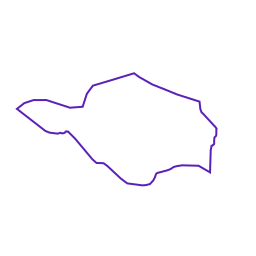 SVG path tracing the border of Saint Andrew, rotated 319°
{"feature_id": "DMA-1432", "entity_name": "Saint Andrew", "entity_type": "Parish", "adm_level": 1, "iso_a3": "DMA", "parent_name": "Dominica", "parent_adm1": "", "projection": "natural_earth1", "projection_center": [-61.355, 15.539], "detail": "fine", "context": "isolated", "style": "outline", "palette": "violet", "viewbox_px": 256, "rotation_deg": 319, "n_neighbors": 0, "source": "natural_earth", "source_scale": "10m", "svg_char_len": 1124}
<svg xmlns="http://www.w3.org/2000/svg" viewBox="0 0 256 256"><g transform="rotate(319 128 128)"><path d="M56.7,40.7L66.1,41.2L75.1,45.0L84.7,53.3L97.5,74.6L107.7,82.2L119.4,75.2L129.2,73.0L168.5,90.7L169.9,97.0L174.9,111.1L182.7,126.2L187.1,135.0L199.3,155.0L195.0,161.2L193.7,164.7L194.0,166.0L194.6,184.8L194.4,186.6L194.1,186.7L193.6,187.2L190.7,190.5L189.9,191.3L189.4,191.6L189.0,191.7L188.6,191.8L187.4,191.8L187.1,191.9L186.8,192.0L184.8,194.0L183.4,195.6L182.8,196.3L182.2,196.7L181.9,196.7L181.4,196.5L181.1,196.5L180.5,196.7L180.3,196.7L180.1,196.6L179.7,196.4L179.4,196.2L175.8,199.1L160.8,215.3L156.5,202.8L144.4,191.7L139.8,188.8L136.7,187.3L134.3,187.1L131.8,186.5L129.0,185.3L120.7,181.2L119.8,181.0L118.9,181.2L115.7,183.0L112.5,184.2L107.8,184.7L104.0,182.8L101.2,180.7L91.1,169.3L89.4,161.4L87.5,143.1L86.5,138.6L81.3,133.7L80.6,128.3L81.1,101.4L80.4,91.4L80.0,91.2L79.4,90.2L79.2,90.0L78.9,89.9L78.7,89.9L78.4,89.9L78.1,89.9L77.8,90.0L77.0,90.0L76.6,89.9L75.2,89.2L74.9,89.0L74.6,88.6L74.2,87.8L74.0,87.4L71.2,86.1L65.8,80.1L63.7,76.0L56.7,40.7Z" fill="none" stroke="#5b21b6" stroke-width="2"/></g></svg>